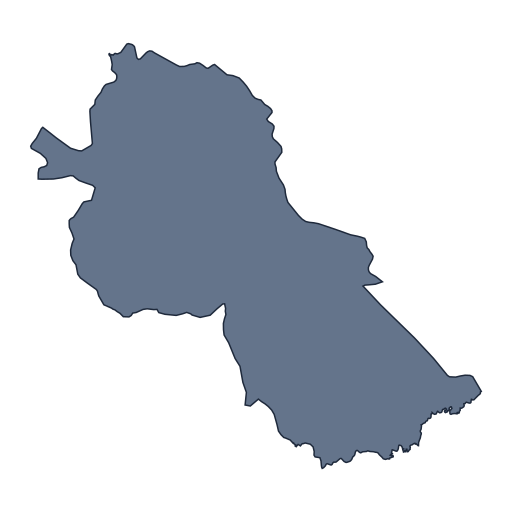 Ezeris, Caras-Severin, Romania (Natural Earth projection)
{"feature_id": "2599482B45431507680180", "entity_name": "Ezeris", "entity_type": "district", "adm_level": 2, "iso_a3": "ROU", "parent_name": "Romania", "parent_adm1": "Caras-Severin", "projection": "natural_earth1", "projection_center": [21.931, 45.399], "detail": "fine", "context": "isolated", "style": "filled", "palette": "slate", "viewbox_px": 512, "rotation_deg": 0, "n_neighbors": 0, "source": "geoboundaries", "source_scale": "gbopen_adm2", "svg_char_len": 5955}
<svg xmlns="http://www.w3.org/2000/svg" viewBox="0 0 512 512"><path d="M481.3,391.4L472.7,376.7L470.0,375.4L465.1,375.2L460.3,376.0L455.7,377.1L449.5,376.8L447.4,375.4L433.6,358.5L414.6,338.1L380.4,304.7L363.0,286.1L365.0,285.1L369.2,284.8L375.4,284.2L382.4,281.8L375.7,276.5L370.7,273.7L369.4,272.3L368.8,271.2L368.4,269.6L368.4,267.4L369.2,265.3L372.5,259.1L373.1,256.2L371.8,254.0L369.9,251.6L368.9,249.6L367.2,247.9L366.6,245.4L366.3,241.9L364.7,238.4L360.8,237.1L357.4,236.2L350.6,234.8L334.6,229.1L318.5,223.7L313.8,222.8L309.1,222.3L305.7,221.5L302.2,219.2L298.4,215.4L287.9,202.4L286.8,199.2L285.9,195.9L285.3,192.6L285.0,189.3L283.4,184.9L279.0,178.1L276.4,171.3L276.1,167.6L275.0,164.0L275.0,161.9L281.8,152.3L281.7,148.9L281.0,146.4L277.5,142.5L273.4,138.9L272.3,136.7L272.1,134.1L273.9,128.6L274.0,126.2L272.3,124.0L268.3,121.5L266.7,119.1L272.0,112.5L272.0,110.8L270.6,108.6L267.8,106.3L264.7,104.5L260.9,100.0L258.1,99.4L255.4,98.3L254.9,98.0L252.3,95.4L249.6,90.7L246.6,86.2L243.1,82.0L239.2,78.0L232.9,75.6L227.0,74.8L214.6,64.5L212.8,65.1L208.1,68.3L206.3,68.0L203.1,65.5L199.6,63.2L196.9,62.7L194.9,63.8L189.7,64.5L187.1,65.6L184.3,66.4L179.6,66.5L176.4,65.0L154.5,52.9L152.0,51.2L149.6,50.9L147.7,51.7L146.2,52.8L140.3,58.9L138.4,59.4L136.9,57.9L134.5,46.8L133.9,46.0L132.5,44.8L131.6,44.4L128.4,43.6L126.8,44.1L120.8,52.4L117.8,53.8L117.0,53.9L115.1,53.4L114.4,53.8L113.1,55.1L111.8,54.6L111.4,55.0L110.4,54.9L109.6,53.6L109.0,53.9L109.0,54.6L109.5,55.6L110.6,56.7L111.7,61.5L112.2,64.6L111.5,69.5L112.5,70.9L114.7,72.6L116.5,74.6L116.8,76.0L116.8,77.3L116.6,78.7L115.9,80.4L113.8,82.1L106.1,84.4L104.4,85.9L102.4,89.0L101.0,92.3L98.0,96.0L95.3,100.0L94.8,104.4L90.1,109.1L89.9,111.3L90.5,121.8L92.4,143.5L91.2,145.4L81.7,150.9L78.5,150.7L70.5,148.2L56.4,138.0L42.8,127.3L41.5,128.5L36.4,138.3L32.2,143.5L30.7,146.2L31.4,148.4L40.4,153.4L45.9,158.4L47.6,162.7L46.7,165.5L44.1,166.8L41.2,167.4L39.0,168.8L38.2,173.0L38.2,179.0L41.9,179.2L53.4,179.0L62.0,177.7L70.4,175.6L73.2,175.9L76.0,178.3L79.0,180.5L85.8,183.0L92.6,185.3L95.2,187.8L91.5,200.3L83.9,201.9L82.3,203.6L78.2,210.5L73.6,217.2L71.1,218.5L70.1,219.4L69.2,220.5L69.2,223.8L69.4,227.4L72.0,233.1L74.0,239.0L72.2,243.3L70.6,250.0L70.8,255.3L72.9,260.7L76.0,264.8L77.8,274.2L80.4,277.9L87.1,282.9L96.2,289.4L97.0,290.4L97.6,291.6L98.1,293.7L98.8,296.0L103.9,304.8L111.5,308.1L113.0,309.2L114.8,309.8L117.3,311.7L120.0,313.3L123.3,316.7L129.0,316.9L131.2,315.5L132.7,313.1L136.2,312.5L143.1,309.4L147.2,308.8L153.8,309.6L157.0,309.4L158.8,312.6L165.0,314.3L176.2,315.4L182.6,313.8L186.7,312.4L190.7,313.8L192.0,315.0L200.1,317.4L210.2,315.2L216.9,308.9L222.7,304.0L224.6,303.8L225.6,308.4L225.3,311.2L225.9,314.5L224.5,318.7L223.4,323.4L223.5,329.7L224.1,335.0L228.7,342.8L235.1,358.5L240.0,366.3L242.9,382.4L246.4,392.4L245.1,405.0L250.3,406.0L258.4,399.1L261.5,401.6L265.1,403.9L268.3,406.5L271.7,410.1L274.2,414.4L277.0,424.5L278.5,431.1L281.1,434.8L283.8,437.5L285.5,438.0L290.4,440.1L291.7,441.8L293.5,443.0L293.2,443.3L295.8,445.0L295.1,445.9L296.2,446.7L298.1,444.4L300.4,445.9L302.0,443.9L302.5,443.6L303.1,443.7L305.2,443.0L310.3,444.2L313.1,446.9L314.2,451.5L314.0,455.1L315.1,456.9L319.9,457.7L321.0,460.9L321.4,465.6L321.7,467.3L322.2,468.4L323.6,467.7L325.5,465.7L326.0,464.4L326.5,464.0L327.2,463.7L330.6,464.9L331.5,464.9L332.1,464.4L332.9,462.9L333.5,462.2L335.9,462.1L336.5,461.7L339.6,459.0L340.4,458.5L341.3,458.5L344.1,461.5L345.9,462.4L346.6,462.4L349.4,461.5L350.4,461.0L351.7,459.5L352.7,457.0L353.7,456.2L354.7,454.9L355.4,452.0L355.8,451.2L356.6,450.5L357.0,450.4L357.5,450.5L359.1,452.0L360.4,452.8L361.3,452.6L362.5,451.8L366.4,451.5L367.8,450.8L369.9,451.5L373.4,451.7L375.8,452.3L377.0,452.4L378.2,453.1L379.3,454.7L382.0,457.2L383.3,458.8L385.5,459.4L387.7,458.7L388.7,459.0L389.4,459.0L389.6,458.9L389.6,458.1L393.2,456.8L393.2,456.2L393.0,455.6L391.8,455.8L390.2,455.2L391.0,454.4L391.7,454.3L392.4,453.7L392.0,453.2L391.5,453.0L392.1,450.1L392.2,449.8L392.5,449.8L395.9,451.1L396.9,451.2L397.8,450.0L398.3,448.7L398.7,445.8L398.9,445.3L399.2,445.1L401.1,445.6L402.2,447.1L402.3,447.9L402.5,448.3L403.5,448.9L402.7,449.2L402.7,449.5L403.4,451.5L403.5,452.0L404.5,451.5L404.4,450.9L404.5,450.8L404.8,450.8L405.2,451.8L405.5,451.7L405.5,450.7L406.4,450.3L406.3,449.2L406.9,449.2L407.2,451.7L407.9,451.7L408.3,451.4L409.0,450.3L410.1,449.4L410.1,448.1L410.3,447.5L409.9,446.1L410.9,445.1L412.4,444.7L413.5,443.7L414.8,443.3L415.0,443.8L415.3,444.1L415.6,444.1L416.0,443.7L418.2,445.7L418.5,445.7L418.6,442.6L419.4,440.2L420.3,438.0L420.7,435.7L421.2,434.2L421.3,433.1L420.3,431.8L420.3,430.7L421.0,429.5L421.2,428.5L421.5,425.8L421.1,424.8L422.2,424.4L423.3,423.4L425.2,422.7L425.6,421.7L426.1,421.2L426.6,420.9L427.2,420.8L427.5,420.3L427.8,419.0L428.3,418.3L429.5,418.5L430.5,418.0L431.0,417.0L431.1,414.2L431.2,413.9L431.7,413.9L432.2,413.4L432.1,412.4L432.3,412.5L432.9,413.4L434.4,414.3L436.1,414.0L437.5,411.3L437.9,411.4L438.3,411.9L439.6,412.8L440.9,412.6L441.8,412.0L442.5,409.6L442.8,409.4L443.4,409.5L444.3,408.8L444.4,408.5L445.6,408.2L446.4,409.1L446.4,409.4L446.0,409.8L445.8,410.4L445.3,410.2L444.9,410.4L444.8,410.8L444.5,411.2L444.5,411.6L444.9,412.2L445.5,412.6L447.4,411.8L447.5,410.9L447.8,410.6L448.3,410.4L448.6,410.7L448.9,410.6L449.2,410.2L449.3,409.5L449.1,408.2L450.6,406.8L451.4,406.9L451.9,408.5L451.0,409.4L450.7,410.0L449.9,410.1L449.8,410.3L449.9,413.4L450.2,414.0L451.0,414.3L452.6,413.7L455.1,413.5L456.3,413.8L457.5,413.7L457.7,413.3L457.0,412.9L457.2,412.5L457.8,412.5L458.7,413.1L459.2,412.9L459.4,411.9L459.3,411.4L460.2,410.4L460.1,409.7L460.2,408.8L460.2,408.1L461.7,408.2L463.7,406.8L464.2,405.8L463.9,404.4L463.9,403.7L464.9,403.7L466.1,402.3L466.3,402.2L468.9,403.0L470.0,403.1L470.5,402.9L470.9,402.5L471.0,402.0L471.0,401.3L471.4,399.3L471.8,399.3L472.2,399.8L472.4,399.9L473.9,399.8L478.3,395.3L479.9,394.1L480.4,393.2L480.4,392.0L481.3,391.4Z" fill="#64748b" stroke="#1e293b" stroke-width="1.5"/></svg>